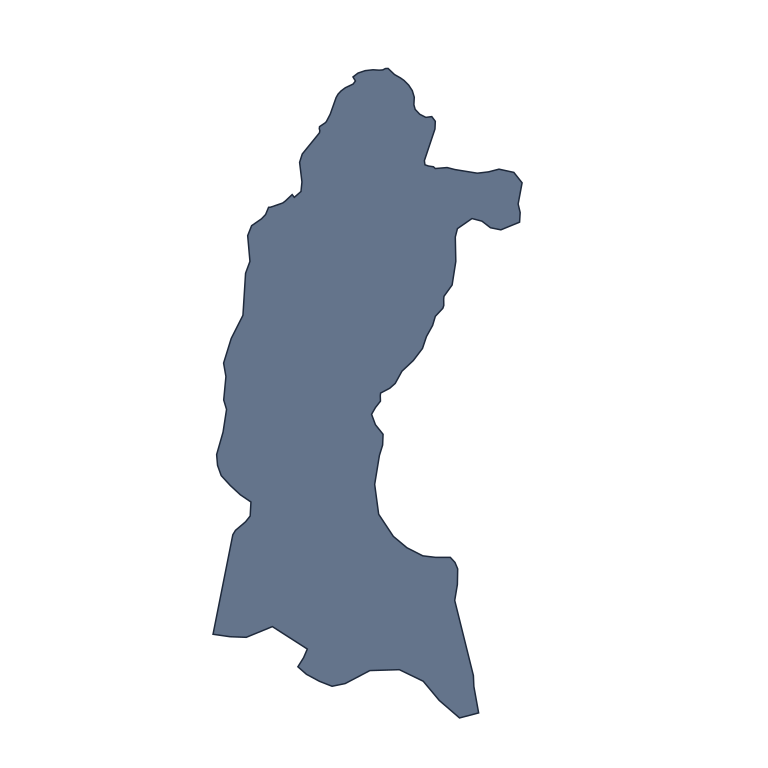 outline of Elazig, rotated 103°
{"feature_id": "TUR-2282", "entity_name": "Elazig", "entity_type": "Province", "adm_level": 1, "iso_a3": "TUR", "parent_name": "Turkey", "parent_adm1": "", "projection": "robinson", "projection_center": [39.185, 38.778], "detail": "fine", "context": "isolated", "style": "filled", "palette": "slate", "viewbox_px": 768, "rotation_deg": 103, "n_neighbors": 0, "source": "natural_earth", "source_scale": "10m", "svg_char_len": 1859}
<svg xmlns="http://www.w3.org/2000/svg" viewBox="0 0 768 768"><g transform="rotate(103 384 384)"><path d="M454.6,372.4L483.9,370.5L512.1,359.9L530.4,340.6L538.4,324.8L542.7,307.6L541.3,294.6L538.0,280.4L541.9,274.7L547.6,270.6L562.8,267.4L579.0,266.4L648.0,231.3L658.5,228.4L683.2,217.8L692.4,235.3L679.9,259.0L664.8,278.9L658.9,304.8L666.4,333.3L684.6,354.4L690.2,366.6L688.2,380.1L684.3,394.3L678.9,404.3L668.8,400.8L659.5,399.1L645.5,438.2L661.8,461.2L664.9,477.3L666.3,494.3L564.9,497.4L560.0,495.8L549.4,487.9L542.7,484.7L528.9,487.1L524.3,499.0L517.5,510.9L509.9,522.0L500.7,527.9L490.4,531.2L467.1,530.0L444.2,531.7L435.6,536.6L412.3,539.7L399.7,545.0L373.9,543.1L348.8,536.9L307.2,543.8L294.7,542.2L270.1,550.2L259.5,548.6L250.6,540.5L245.5,537.5L237.8,536.2L237.3,534.4L230.4,523.4L227.9,521.3L220.1,516.1L222.3,513.4L215.1,508.2L205.6,509.4L187.0,516.1L178.3,515.4L153.8,503.4L151.6,503.5L149.8,504.5L147.7,504.7L142.8,500.1L141.3,499.2L133.2,497.1L115.6,495.1L111.7,493.9L108.0,491.7L104.0,488.3L98.7,481.6L95.2,480.0L91.8,483.3L86.9,479.3L82.9,472.8L80.3,465.4L79.3,459.3L78.2,455.8L76.3,453.6L75.6,451.0L80.1,443.4L82.1,436.7L83.7,432.8L87.2,427.2L91.8,422.4L97.8,419.0L105.2,417.7L109.4,415.4L113.1,409.9L114.8,403.2L112.7,397.6L116.5,393.1L124.1,391.7L157.3,394.9L161.2,393.4L161.6,389.6L161.2,384.7L162.5,382.5L158.9,371.2L159.1,363.1L157.6,340.5L153.8,329.9L148.8,320.3L148.6,305.1L156.9,294.7L178.4,293.8L186.3,289.9L195.8,288.3L207.5,304.8L207.8,315.4L203.3,325.2L203.0,335.5L216.1,347.4L224.7,347.6L248.4,341.6L272.2,339.9L285.1,345.3L288.0,344.9L294.0,343.4L297.0,343.7L306.5,349.2L316.0,349.8L328.2,353.3L340.7,354.5L354.5,360.7L367.5,369.4L380.9,373.2L386.8,377.4L393.6,385.3L396.2,385.0L401.5,383.6L408.8,387.0L416.3,389.3L425.6,383.2L433.2,373.6L443.8,371.6L454.6,372.4Z" fill="#64748b" stroke="#1e293b" stroke-width="1.5"/></g></svg>